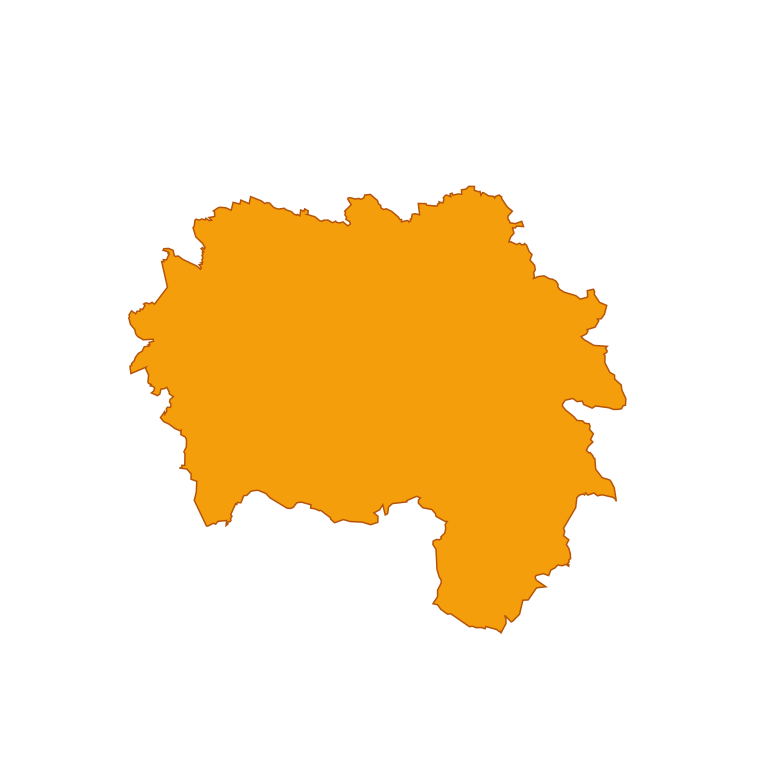 the district of Chignahuapan, Puebla, Mexico, rotated 307°
{"feature_id": "50627088B41950768169543", "entity_name": "Chignahuapan", "entity_type": "district", "adm_level": 2, "iso_a3": "MEX", "parent_name": "Mexico", "parent_adm1": "Puebla", "projection": "equal_earth", "projection_center": [-98.119, 19.821], "detail": "fine", "context": "isolated", "style": "filled", "palette": "amber", "viewbox_px": 768, "rotation_deg": 307, "n_neighbors": 0, "source": "geoboundaries", "source_scale": "gbopen_adm2", "svg_char_len": 6171}
<svg xmlns="http://www.w3.org/2000/svg" viewBox="0 0 768 768"><g transform="rotate(307 384 384)"><path d="M238.0,555.3L239.9,559.6L238.2,565.2L238.4,573.1L240.7,575.7L241.6,598.3L243.8,600.4L244.7,604.0L248.4,608.8L249.3,612.0L251.6,611.3L255.7,621.7L255.7,625.4L256.3,625.7L255.7,627.2L266.1,625.6L269.8,622.7L271.9,619.6L270.6,628.8L272.0,629.5L281.7,630.8L294.9,625.0L298.3,629.1L313.0,628.5L319.5,635.3L319.0,623.7L320.6,621.0L322.6,620.7L328.4,625.4L330.1,630.8L335.9,629.2L339.9,631.2L344.0,631.7L346.0,635.6L349.3,637.7L349.7,641.2L350.8,640.6L351.0,638.7L353.4,638.9L354.7,637.5L356.9,638.1L360.8,634.7L364.0,630.4L365.6,626.2L370.8,625.4L370.9,618.7L375.1,617.0L376.9,614.2L400.6,611.5L409.3,606.4L412.8,606.9L415.9,609.2L416.1,611.0L418.4,610.6L417.9,613.6L423.3,617.3L423.2,621.8L426.8,624.9L431.3,635.0L431.3,637.9L430.1,640.2L439.6,630.4L442.7,624.2L443.2,621.9L440.5,614.7L443.3,604.4L451.4,597.2L451.1,595.9L452.4,593.9L453.3,589.8L452.3,589.3L452.8,585.6L456.8,584.7L463.4,585.7L463.9,582.4L470.2,581.2L471.5,575.4L474.4,573.9L475.7,571.8L473.5,567.9L474.1,564.9L471.1,560.1L472.2,554.7L472.5,544.7L473.7,539.9L475.5,538.7L480.2,538.5L486.1,543.6L486.1,548.7L489.7,552.6L487.8,555.8L490.0,564.8L493.8,566.2L500.3,577.8L501.8,582.6L504.3,585.8L507.1,588.6L510.7,588.0L512.3,589.7L517.9,585.9L522.3,577.6L526.0,574.0L526.7,565.4L529.9,562.7L529.2,557.4L533.8,547.7L539.7,543.4L540.1,541.6L543.2,542.9L544.6,542.4L546.0,539.2L548.4,539.6L541.1,528.3L539.8,516.7L540.5,512.9L545.8,515.5L549.0,515.0L549.6,513.4L556.5,518.4L563.7,517.5L564.3,515.4L566.8,518.2L572.6,518.0L580.8,514.6L578.9,507.0L582.0,498.2L584.7,496.3L585.7,494.2L580.9,490.2L576.4,494.0L575.3,493.9L569.9,489.6L570.0,484.0L565.8,472.8L565.3,467.6L566.3,464.3L568.1,463.3L569.6,459.7L569.2,455.7L567.6,452.8L566.7,446.7L562.7,442.6L558.3,439.9L560.7,439.1L562.9,436.5L566.1,436.1L569.4,432.9L570.9,426.0L576.5,424.3L577.1,420.3L580.7,414.2L580.7,411.6L579.6,412.0L578.0,410.1L578.2,407.7L575.2,405.9L573.9,399.8L572.7,398.2L577.5,396.7L582.7,397.0L586.2,392.6L587.7,395.0L589.9,394.9L593.7,400.7L596.8,396.1L591.1,392.4L588.5,387.4L589.7,386.3L590.3,383.8L592.6,382.0L599.3,382.5L599.6,375.7L603.1,365.9L604.2,365.4L604.2,362.2L600.6,360.0L599.2,360.4L599.8,358.6L597.1,354.2L596.7,348.4L596.1,347.5L593.1,347.9L595.6,344.8L594.5,343.8L593.0,339.7L596.2,337.3L592.9,332.8L588.9,332.1L585.7,329.0L582.3,331.9L580.2,328.6L576.4,325.6L577.4,323.5L575.6,322.4L573.8,324.5L572.6,320.3L571.6,319.5L568.3,319.3L567.5,320.9L563.8,322.0L562.7,318.3L561.5,319.5L560.7,318.6L558.0,319.3L552.5,310.5L553.3,308.9L548.8,302.7L540.6,310.6L538.8,306.5L536.5,304.4L532.2,306.6L531.5,305.8L530.1,307.0L528.4,306.5L528.9,304.8L528.1,303.7L524.0,300.4L525.9,299.1L524.9,297.8L526.0,294.7L526.5,286.4L525.3,280.3L523.2,278.8L522.8,275.7L524.6,273.9L524.6,271.2L526.6,268.3L527.2,259.0L523.3,254.9L520.5,255.9L517.5,254.4L517.2,252.4L514.5,249.8L512.2,244.4L510.9,243.4L509.8,243.9L507.5,249.9L498.3,248.6L497.7,250.2L495.5,251.0L494.7,253.7L492.5,254.5L493.0,258.7L491.7,260.8L488.5,260.0L488.8,253.7L485.8,251.6L484.6,248.8L485.0,247.4L481.8,245.8L481.2,240.6L478.3,237.0L477.0,236.9L475.7,234.4L476.0,228.3L473.1,220.4L473.9,221.0L476.7,219.3L476.1,215.2L473.8,216.1L472.8,212.7L467.8,215.7L467.2,212.7L466.4,212.7L465.5,210.3L465.9,206.3L464.1,200.7L464.4,198.7L459.9,194.1L458.6,189.6L459.6,183.7L458.5,181.4L456.4,180.3L456.4,175.8L453.4,164.7L446.9,167.8L444.7,159.0L441.0,160.6L438.3,154.2L430.8,157.4L429.5,151.6L426.4,146.6L424.7,145.4L419.5,143.6L419.7,144.8L415.9,148.0L411.6,144.0L411.0,147.8L409.3,146.1L409.2,142.0L407.6,142.5L406.0,139.0L403.7,137.9L402.6,134.8L401.2,134.4L395.6,137.6L393.9,137.4L388.2,145.3L387.1,154.4L385.2,159.1L383.5,159.3L383.8,157.1L382.1,156.4L381.1,160.5L379.9,159.6L378.5,161.4L377.2,161.1L375.9,163.5L373.9,163.6L372.3,165.7L370.8,164.9L371.2,166.2L370.1,166.7L368.1,164.5L366.8,168.3L365.1,168.3L365.6,163.9L362.5,148.6L362.4,142.6L360.3,140.6L360.4,139.3L363.8,135.1L362.7,130.5L359.6,126.8L357.8,127.1L359.7,132.0L358.3,132.9L359.1,133.6L358.5,134.2L352.2,135.6L350.6,132.9L349.2,134.6L348.0,132.7L331.0,152.8L309.7,152.7L309.6,149.5L306.9,148.5L305.5,144.9L303.2,143.9L303.0,145.8L298.2,146.4L297.2,144.2L295.2,145.3L293.6,143.0L290.6,143.4L290.5,138.4L285.7,138.8L284.4,140.5L283.2,140.4L279.1,145.6L277.5,152.2L274.8,155.3L273.7,158.7L274.4,165.2L280.8,172.6L279.5,174.2L275.8,171.4L274.5,173.3L273.4,172.1L272.9,173.5L269.4,170.1L264.8,171.1L260.4,169.4L255.4,169.5L252.5,170.5L248.3,170.1L247.1,171.1L245.3,170.4L240.0,175.6L254.4,183.9L253.0,184.1L249.6,190.5L243.4,194.4L242.8,195.6L243.6,198.4L241.9,198.4L243.2,201.6L242.6,203.3L239.9,204.3L236.9,203.6L238.3,210.0L241.1,211.0L245.7,208.9L248.0,211.4L250.6,212.5L248.4,217.2L246.9,218.5L247.1,223.3L242.7,222.5L240.6,223.5L239.7,226.1L236.8,227.5L235.0,225.0L232.9,225.2L231.9,226.8L228.0,227.2L229.8,225.4L222.6,225.7L221.4,230.6L222.6,236.8L222.6,243.8L224.0,249.8L224.8,249.9L221.3,252.2L222.1,257.3L220.6,259.8L214.8,264.0L209.4,265.0L208.5,267.0L199.1,273.9L197.4,271.5L195.8,272.6L193.8,271.2L197.5,277.7L196.1,284.1L191.8,287.2L193.6,293.0L184.8,299.1L176.9,302.5L163.8,327.6L164.5,328.8L170.1,331.5L170.8,333.9L174.3,334.0L180.3,340.5L175.9,343.0L178.2,343.6L179.3,342.4L181.8,344.0L183.1,343.8L184.0,342.5L186.9,342.2L187.4,340.2L199.0,337.6L199.2,338.9L201.1,338.2L203.0,341.2L210.5,339.2L212.4,341.4L218.5,342.3L220.8,344.6L223.3,347.3L225.5,355.5L224.5,361.6L226.5,381.2L228.2,384.1L231.0,385.8L236.4,385.8L238.6,387.6L240.0,389.3L243.6,398.4L240.7,400.0L242.9,404.3L243.8,408.5L245.0,409.5L245.0,421.7L244.0,422.6L243.4,427.9L251.3,433.2L253.8,439.7L260.6,449.8L263.6,458.0L269.8,462.3L274.7,458.8L275.0,453.5L280.8,456.2L286.8,455.7L280.2,463.8L282.6,464.9L288.5,461.7L293.6,462.7L303.6,473.2L304.8,472.5L313.9,477.6L315.0,481.6L312.1,481.4L309.6,483.1L308.5,489.5L312.5,497.6L311.6,502.7L309.6,505.3L311.0,515.4L312.2,517.2L308.6,517.4L305.9,520.2L301.4,522.3L296.2,521.4L295.3,522.7L292.9,522.0L291.6,519.6L288.1,517.8L285.2,519.7L283.3,525.0L267.8,537.9L263.1,544.3L261.7,547.8L259.3,549.5L251.7,550.8L246.3,554.8L238.0,555.3Z" fill="#f59e0b" stroke="#b45309" stroke-width="1.5"/></g></svg>